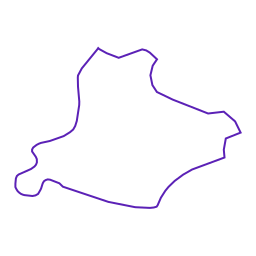 an SVG outline of Monastir
{"feature_id": "TUN-117", "entity_name": "Monastir", "entity_type": "Governorate", "adm_level": 1, "iso_a3": "TUN", "parent_name": "Tunisia", "parent_adm1": "", "projection": "mercator", "projection_center": [10.678, 35.624], "detail": "fine", "context": "isolated", "style": "outline", "palette": "violet", "viewbox_px": 256, "rotation_deg": 0, "n_neighbors": 0, "source": "natural_earth", "source_scale": "10m", "svg_char_len": 1063}
<svg xmlns="http://www.w3.org/2000/svg" viewBox="0 0 256 256"><path d="M98.2,48.1L99.1,49.0L106.7,53.2L118.7,57.8L142.2,49.4L146.2,50.4L149.8,52.6L157.0,59.3L152.7,65.7L150.4,75.3L152.4,85.1L156.9,92.0L172.7,99.6L208.1,113.5L223.8,111.7L235.1,121.4L240.6,132.6L225.8,138.5L223.8,149.7L224.5,157.4L224.5,157.5L192.1,169.5L183.2,174.6L174.7,180.9L168.5,186.9L165.3,190.8L160.9,197.7L157.6,205.3L156.6,206.7L153.8,207.5L149.9,207.9L135.2,207.2L108.4,201.9L62.9,186.7L59.4,183.3L50.1,179.7L47.7,179.4L45.6,180.1L44.0,181.2L43.0,182.8L42.5,184.0L41.1,188.5L40.2,190.3L38.1,193.9L35.5,195.4L32.5,196.0L24.4,195.1L22.9,194.7L21.0,193.9L19.3,192.7L17.7,191.2L16.6,189.5L15.5,187.4L15.4,186.8L15.4,183.7L15.9,178.4L16.9,176.0L18.6,174.5L31.0,169.0L34.5,166.5L36.0,164.7L36.9,162.4L36.8,159.1L35.8,156.8L32.1,151.5L32.1,149.5L33.2,147.5L36.6,144.9L38.9,143.7L41.0,142.9L49.8,141.0L63.7,136.1L70.0,132.2L73.2,129.5L75.2,126.0L76.8,120.9L79.2,105.1L79.3,101.6L78.0,86.6L77.8,77.6L78.0,75.5L81.8,68.4L97.3,49.4L98.2,48.1Z" fill="none" stroke="#5b21b6" stroke-width="2"/></svg>